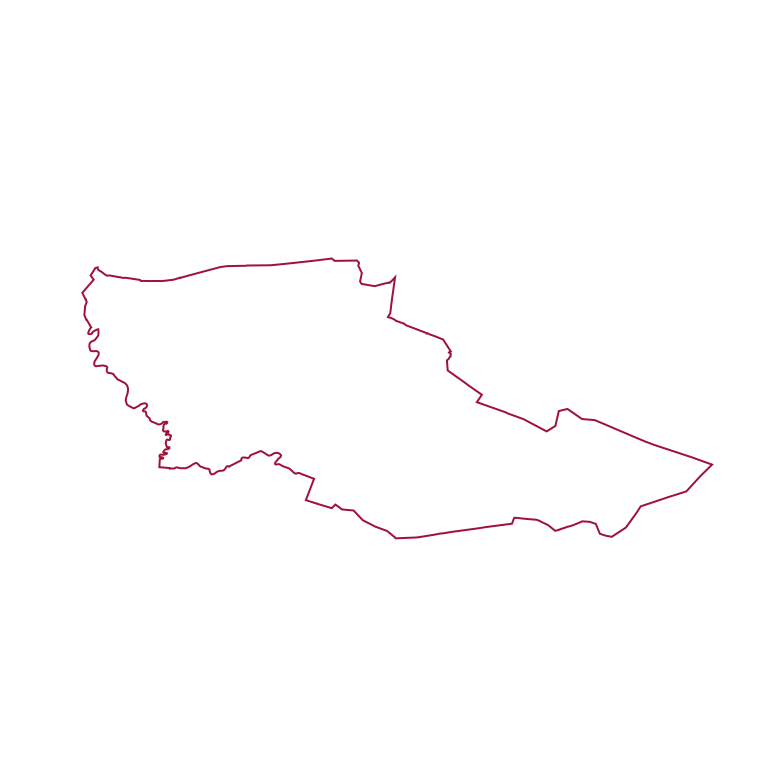 the district of Sēļu pag., Mazsalacas, Latvia, rotated 148°
{"feature_id": "27541924B62426268885110", "entity_name": "Sēļu pag.", "entity_type": "district", "adm_level": 2, "iso_a3": "LVA", "parent_name": "Latvia", "parent_adm1": "Mazsalacas", "projection": "natural_earth1", "projection_center": [25.207, 57.868], "detail": "fine", "context": "isolated", "style": "outline", "palette": "rose", "viewbox_px": 768, "rotation_deg": 148, "n_neighbors": 0, "source": "geoboundaries", "source_scale": "gbopen_adm2", "svg_char_len": 6118}
<svg xmlns="http://www.w3.org/2000/svg" viewBox="0 0 768 768"><g transform="rotate(148 384 384)"><path d="M592.7,611.0L596.6,608.1L596.6,607.9L596.8,607.6L601.6,601.2L602.4,596.1L602.1,596.0L602.3,587.1L603.2,587.0L606.1,585.4L607.4,584.4L608.1,583.5L607.6,582.5L606.1,581.7L604.7,581.6L603.6,582.5L599.5,582.4L598.4,582.2L597.3,581.8L598.8,579.0L599.9,577.4L600.8,576.5L603.1,575.5L605.9,574.6L606.9,574.6L609.7,575.0L610.9,574.8L611.5,574.6L612.4,574.1L612.6,573.9L613.9,572.1L614.4,571.0L615.1,568.5L615.2,567.8L614.8,567.2L613.2,565.8L610.7,564.5L610.0,563.9L609.4,562.8L609.4,561.8L609.9,560.7L611.5,559.4L617.4,556.5L619.1,554.8L619.5,553.6L619.4,552.4L618.9,551.7L617.9,551.2L616.7,550.8L615.5,550.1L613.0,548.9L611.8,548.0L610.0,546.1L609.8,545.4L609.9,544.7L611.0,543.7L611.9,542.5L612.4,541.2L612.2,540.1L611.9,539.4L609.8,537.8L608.3,536.0L608.3,534.1L607.4,529.0L603.9,523.3L603.2,521.8L602.8,520.3L602.7,518.8L603.4,515.9L604.5,514.2L606.5,511.9L609.3,509.6L611.4,507.4L611.8,506.8L612.4,504.9L612.8,502.9L612.6,502.1L612.2,501.2L610.7,498.4L609.6,496.7L609.0,496.0L608.7,495.8L603.3,495.4L601.2,495.7L599.6,495.4L597.3,494.5L596.3,493.7L595.9,492.6L596.0,491.7L596.5,491.0L597.7,490.3L599.1,490.0L600.6,490.1L601.5,489.9L602.5,489.2L602.6,488.7L602.4,488.2L601.0,487.3L600.8,486.7L601.0,485.5L602.0,483.6L602.0,482.3L601.0,479.3L601.1,478.4L601.5,477.3L601.2,475.7L600.6,474.6L599.8,473.8L598.6,471.9L597.5,470.4L597.2,469.7L596.5,469.1L595.4,468.6L594.0,468.3L592.7,468.4L591.3,468.8L590.7,468.5L589.5,467.7L588.3,467.2L588.0,466.6L588.3,466.1L589.0,465.7L589.7,465.7L590.6,466.3L591.3,466.4L592.0,466.2L592.9,465.7L594.2,463.8L594.6,463.0L594.9,462.8L595.5,462.6L595.8,462.2L596.0,461.0L595.7,460.4L594.8,459.7L592.6,458.8L591.9,458.4L591.9,458.0L592.4,457.5L593.8,457.6L595.1,457.3L596.0,456.6L595.9,456.2L595.4,456.0L594.1,456.4L593.6,456.2L593.2,455.8L593.2,454.9L593.0,454.2L592.1,453.5L592.0,453.0L592.3,452.6L593.6,451.9L594.2,451.3L594.5,450.5L594.9,450.3L595.5,450.2L596.1,450.5L597.2,451.7L597.6,451.8L598.2,451.7L598.8,451.2L600.7,449.1L601.5,445.7L601.0,445.1L599.7,444.3L599.6,443.8L600.2,443.1L601.8,443.3L602.9,443.8L603.6,444.2L604.6,444.3L607.0,443.5L607.4,442.9L607.0,442.0L605.5,441.3L604.8,440.3L605.2,439.9L605.9,439.9L608.7,440.9L610.9,442.6L612.0,442.5L612.7,441.8L612.9,440.9L611.1,439.6L610.4,438.4L610.7,438.0L611.5,438.1L612.4,438.7L614.0,439.0L618.6,432.5L610.3,426.3L610.5,425.8L610.0,425.7L607.0,423.6L604.4,423.4L603.3,422.5L601.3,420.4L600.0,419.7L597.3,417.9L595.3,417.3L592.3,417.0L587.5,417.1L586.9,417.0L585.2,416.6L584.7,416.0L584.3,415.2L583.9,413.5L583.8,412.4L583.2,411.0L581.9,409.5L581.2,408.3L579.6,406.5L578.1,405.4L577.7,404.9L577.3,404.0L578.2,402.1L578.4,400.4L578.4,399.2L578.1,398.8L577.2,398.3L576.4,398.0L575.1,397.8L573.0,398.0L571.8,398.0L570.7,397.8L569.1,397.3L566.6,396.0L566.2,395.8L565.6,395.8L565.1,395.8L563.5,396.3L561.5,397.3L561.0,397.4L560.5,397.3L559.9,397.0L559.1,395.9L558.5,396.1L545.5,394.9L545.3,395.3L544.5,396.2L543.4,396.6L542.9,396.5L541.4,395.7L540.8,395.2L539.1,393.7L538.5,393.2L537.9,393.1L536.8,393.4L535.5,394.1L534.8,394.3L533.8,394.2L526.7,392.9L525.0,392.7L524.4,392.6L523.8,392.2L522.1,389.2L520.4,385.4L519.5,384.2L518.3,383.7L517.2,383.5L514.3,383.5L513.3,383.3L511.4,382.5L509.8,380.9L509.2,379.3L509.1,378.0L510.3,377.0L513.9,376.4L515.9,375.6L517.2,375.3L518.3,374.7L518.8,374.0L518.3,373.0L517.1,372.4L516.2,372.1L515.7,371.8L515.2,371.3L513.3,367.9L511.8,365.9L509.7,363.4L509.0,362.1L507.8,358.1L507.6,356.8L506.4,354.7L505.9,354.5L504.7,354.3L503.1,353.5L501.9,351.7L493.5,340.6L495.5,339.2L511.8,326.9L503.5,317.1L494.1,306.4L489.1,307.5L486.0,299.8L476.8,292.8L474.2,279.8L467.0,267.7L459.3,257.8L456.0,248.2L456.0,247.0L437.0,236.2L436.0,235.8L421.4,229.6L415.6,227.4L412.7,225.9L404.5,222.5L380.6,211.7L373.7,208.8L349.5,197.7L344.5,201.5L341.9,199.8L339.0,197.4L334.7,194.1L326.3,187.8L324.3,185.0L323.6,183.6L320.8,179.3L320.4,178.5L320.1,178.3L319.8,177.7L319.2,176.3L316.7,168.9L316.4,169.0L314.7,168.1L313.5,167.8L313.5,167.7L313.3,167.6L312.8,167.8L311.5,167.3L310.7,167.4L310.3,167.1L309.8,167.1L308.5,166.6L307.5,166.6L307.4,166.4L307.1,166.2L305.9,166.2L305.2,165.9L304.2,165.8L303.7,165.5L299.2,164.2L290.6,162.7L289.1,162.6L288.7,162.5L288.3,162.1L287.4,161.6L287.1,161.2L286.4,160.9L282.2,157.8L280.9,156.0L279.7,154.6L278.5,153.1L280.3,142.6L276.4,137.9L271.8,133.7L254.9,134.1L238.2,140.9L231.1,144.2L202.3,137.3L184.5,132.7L165.1,138.1L148.5,141.8L162.2,159.2L187.5,189.6L193.1,197.0L200.1,206.9L218.2,232.9L224.4,241.7L234.6,249.3L241.6,265.6L250.1,268.4L260.9,257.6L271.2,257.6L284.2,280.1L295.1,294.1L295.6,295.2L314.9,319.4L306.7,323.0L313.5,339.0L314.0,340.5L322.8,361.7L318.1,370.7L315.9,371.0L313.5,372.2L313.0,372.1L311.5,374.0L312.2,376.3L311.8,376.4L310.1,376.1L310.3,390.4L310.6,390.8L315.7,397.8L317.1,399.5L319.9,403.2L320.0,403.9L320.8,404.2L320.7,404.3L322.5,406.7L327.6,413.5L334.1,422.0L335.0,424.2L334.9,424.4L340.1,430.9L340.3,431.2L341.1,433.2L341.6,434.1L343.1,436.3L343.7,437.0L344.2,437.4L345.2,438.7L341.2,440.7L332.2,451.8L318.1,468.6L321.0,467.8L325.3,466.8L325.8,467.0L325.9,467.5L326.2,467.6L326.8,467.5L327.2,467.8L328.4,468.1L328.6,468.3L330.0,468.8L332.0,469.4L332.7,469.7L339.9,471.8L349.8,480.6L350.0,481.0L350.0,483.6L344.0,489.8L343.1,498.0L341.5,499.4L340.9,500.1L341.5,503.0L341.8,503.2L360.5,514.5L360.7,514.8L360.7,515.2L362.0,518.2L362.3,518.5L363.4,518.8L381.7,527.4L404.4,538.4L417.1,544.7L437.4,557.1L438.2,557.3L454.6,567.1L460.8,569.9L493.1,579.8L500.1,581.8L499.9,582.0L500.6,582.3L500.8,582.1L502.1,582.6L507.0,583.9L508.8,584.7L517.5,588.8L520.9,591.0L526.9,594.7L535.6,600.3L535.8,600.5L535.7,601.2L535.7,601.5L535.8,601.6L546.9,611.1L547.2,611.3L548.1,611.5L548.4,611.7L548.5,611.9L550.5,613.6L550.8,614.1L551.6,614.6L551.9,615.0L552.4,615.3L553.0,615.9L555.4,617.9L555.8,618.4L559.6,621.8L561.6,622.7L562.8,625.2L564.2,629.1L565.2,630.6L565.7,632.1L565.8,633.0L565.4,634.2L565.0,634.5L565.5,634.8L567.3,635.3L575.3,631.5L574.9,626.3L591.5,621.2L592.3,613.7L592.0,613.7L592.7,611.0Z" fill="none" stroke="#9f1239" stroke-width="2"/></g></svg>